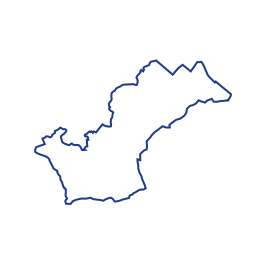 Gombak, Selangor, Malaysia, rotated 130°
{"feature_id": "92858781B84445266980229", "entity_name": "Gombak", "entity_type": "district", "adm_level": 2, "iso_a3": "MYS", "parent_name": "Malaysia", "parent_adm1": "Selangor", "projection": "mercator", "projection_center": [101.678, 3.275], "detail": "fine", "context": "isolated", "style": "outline", "palette": "blue", "viewbox_px": 256, "rotation_deg": 130, "n_neighbors": 0, "source": "geoboundaries", "source_scale": "gbopen_adm2", "svg_char_len": 3493}
<svg xmlns="http://www.w3.org/2000/svg" viewBox="0 0 256 256"><g transform="rotate(130 128 128)"><path d="M58.2,149.9L60.1,151.0L60.9,151.8L62.1,152.9L64.1,153.2L66.0,152.3L67.3,152.8L68.3,153.5L69.7,154.2L71.2,154.8L72.3,154.7L72.7,154.1L73.1,153.2L74.8,152.8L74.9,153.7L75.1,155.2L76.7,155.0L77.3,154.2L78.9,154.2L80.3,154.3L82.1,154.5L83.9,154.0L84.9,151.7L86.0,150.7L87.1,149.8L88.2,149.4L89.2,148.9L90.0,149.5L90.5,151.0L91.2,152.4L93.0,154.2L97.5,159.1L98.6,159.9L99.8,160.3L101.1,160.6L102.9,161.5L104.5,162.3L105.6,162.4L107.6,162.1L109.5,162.7L111.4,163.0L112.4,162.6L113.3,161.9L114.6,161.0L115.8,159.7L116.8,158.8L118.4,158.5L120.8,158.5L121.8,158.2L123.6,156.2L123.6,155.1L124.4,155.1L125.5,154.8L125.9,153.1L126.0,152.0L125.6,150.9L125.5,149.4L127.2,148.7L128.3,148.1L129.6,147.2L131.1,146.7L132.4,146.6L133.8,145.6L135.0,144.7L136.1,143.2L137.8,142.2L138.8,143.0L139.6,144.0L140.1,145.3L141.0,146.3L141.7,149.9L144.5,149.8L146.7,149.8L148.3,149.8L150.0,149.7L151.9,149.7L152.7,152.0L154.3,151.8L154.1,153.9L155.3,154.3L155.3,155.1L157.6,155.7L159.2,155.9L160.3,156.5L161.4,156.5L161.8,155.9L161.6,154.9L161.1,154.3L160.7,153.6L161.0,152.5L161.9,151.6L162.6,150.8L163.5,152.0L168.2,147.4L169.3,148.3L172.1,148.2L172.2,146.7L173.6,148.2L174.3,148.8L174.4,149.5L173.7,150.5L173.2,151.7L172.9,152.7L172.9,154.2L172.9,155.1L173.6,156.0L174.5,156.9L175.5,158.0L176.0,159.3L175.9,160.6L176.3,161.5L177.9,161.5L178.8,162.1L179.7,163.4L180.0,164.7L180.6,166.0L181.0,168.3L181.1,169.2L180.5,170.3L179.5,171.5L178.8,172.6L177.5,174.1L173.8,173.4L172.5,173.2L170.6,173.2L169.4,173.7L169.3,174.6L169.4,175.6L170.6,176.8L171.2,180.1L173.2,180.3L174.5,180.8L176.2,181.4L177.2,182.1L178.8,180.8L180.5,181.3L181.9,181.6L183.1,181.2L184.3,181.1L185.5,182.1L185.9,183.9L186.8,185.2L187.7,185.5L188.5,185.3L191.1,186.7L193.9,181.4L201.6,186.0L202.8,185.7L204.5,185.0L205.9,183.8L205.8,181.9L205.2,179.6L204.4,177.4L203.3,174.8L202.5,172.2L202.3,170.2L202.5,168.4L203.5,166.9L204.4,164.7L205.6,161.7L206.8,159.2L206.8,157.4L206.3,154.8L207.0,153.8L207.5,153.5L208.1,151.8L208.5,150.8L208.5,149.7L208.7,148.8L209.5,148.0L210.4,147.1L210.9,146.5L211.4,145.2L211.7,144.2L212.4,143.1L213.1,142.0L213.8,140.8L214.5,140.0L214.5,139.3L214.5,138.4L215.2,137.9L215.1,137.3L214.9,136.3L215.7,135.5L216.9,134.7L217.8,133.8L219.0,133.2L219.6,132.6L220.3,131.8L220.7,130.6L221.2,129.4L221.9,129.2L223.0,129.4L223.8,129.2L224.5,128.9L225.0,128.2L225.8,126.9L224.9,125.6L223.1,123.2L219.6,123.2L216.3,121.6L212.0,118.3L209.1,114.8L205.6,111.9L204.8,108.9L202.6,105.4L200.7,102.5L199.7,100.3L196.4,99.0L194.0,97.6L192.4,96.3L192.1,93.9L192.9,90.9L190.3,88.5L187.8,86.9L186.2,86.1L180.9,82.2L178.7,83.3L176.0,81.9L174.4,81.9L172.9,81.2L170.3,80.2L168.2,79.6L167.0,78.6L165.3,76.7L162.8,75.6L160.1,80.1L158.3,83.9L156.1,87.1L155.0,90.1L152.6,93.9L150.2,96.0L147.5,99.2L145.9,100.6L144.8,97.9L142.4,100.0L140.0,101.9L135.4,101.4L132.4,100.0L129.7,101.7L126.2,105.2L120.9,104.9L117.9,105.2L114.1,104.9L109.8,103.8L104.5,102.7L103.1,99.0L100.7,96.3L99.1,98.2L96.7,97.9L91.0,96.5L87.0,93.9L82.4,92.8L78.9,93.1L75.4,95.2L71.1,94.7L69.0,93.1L65.7,91.7L61.4,91.7L60.6,89.0L59.0,85.3L56.1,85.0L51.8,82.6L52.8,79.3L50.4,76.4L48.3,74.8L43.1,69.6L43.1,70.0L41.6,69.3L38.1,69.8L36.7,70.3L35.9,71.0L36.1,90.7L37.3,90.7L36.6,98.9L35.9,101.7L34.7,103.7L33.8,105.8L32.3,108.4L30.9,111.8L30.2,114.4L31.6,115.6L33.0,117.3L44.3,116.3L44.5,126.8L50.0,128.0L58.4,128.0L58.2,149.9Z" fill="none" stroke="#1e3a8a" stroke-width="2"/></g></svg>